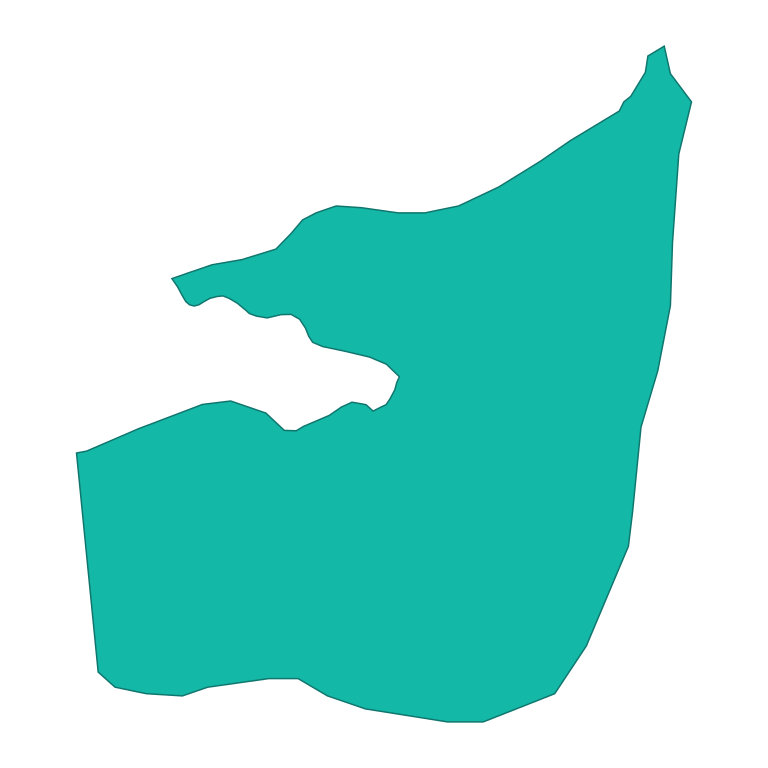 Morne Citon, Dauphin, Saint Lucia
{"feature_id": "8701671B41674368745419", "entity_name": "Morne Citon", "entity_type": "district", "adm_level": 2, "iso_a3": "LCA", "parent_name": "Saint Lucia", "parent_adm1": "Dauphin", "projection": "mercator", "projection_center": [-60.929, 14.031], "detail": "fine", "context": "isolated", "style": "filled", "palette": "teal", "viewbox_px": 768, "rotation_deg": 0, "n_neighbors": 0, "source": "geoboundaries", "source_scale": "gbopen_adm2", "svg_char_len": 1715}
<svg xmlns="http://www.w3.org/2000/svg" viewBox="0 0 768 768"><path d="M616.8,573.7L628.4,546.3L632.6,511.6L641.0,427.1L657.8,370.7L670.4,305.7L672.5,242.8L678.8,153.9L691.5,101.9L670.4,73.7L664.2,46.1L661.2,48.0L647.9,56.0L646.1,67.8L645.3,72.5L643.2,75.9L630.8,96.3L623.9,101.8L619.3,111.0L596.5,124.8L570.7,140.4L549.4,155.0L540.6,161.1L498.7,187.0L458.5,206.0L434.0,211.0L425.0,212.9L398.2,212.9L361.4,207.7L336.2,206.0L324.4,210.0L316.1,212.9L302.7,219.8L299.0,224.2L291.0,233.6L275.9,249.1L246.8,258.1L242.4,259.5L240.3,259.9L212.3,264.7L191.5,271.8L187.1,273.3L183.8,274.5L171.9,278.6L175.3,283.5L177.7,287.0L180.4,292.1L182.0,295.1L184.5,299.4L185.9,301.7L187.0,302.6L189.6,304.8L194.2,306.0L199.1,304.7L200.5,303.8L204.0,301.6L207.5,299.7L210.0,298.3L214.8,297.1L217.0,296.5L223.0,295.9L226.2,297.2L228.8,298.2L231.4,299.7L237.5,303.3L244.0,308.8L245.2,309.7L249.3,313.5L252.8,314.8L256.4,316.1L267.2,317.9L281.2,314.6L291.3,314.4L293.2,315.6L299.6,319.2L304.1,326.0L305.5,328.2L308.7,336.2L312.0,341.3L312.8,342.4L322.8,346.6L343.4,350.9L369.3,357.0L386.4,364.2L392.7,370.3L399.4,376.7L398.0,379.8L396.8,382.5L394.8,389.8L390.2,398.5L389.5,399.6L386.1,404.7L380.3,407.4L373.1,411.1L366.0,404.7L359.0,403.4L352.0,402.2L344.6,405.6L341.3,407.1L338.0,409.4L329.3,415.4L321.8,418.6L303.7,426.3L301.7,427.5L296.2,430.8L284.3,430.4L282.7,428.9L265.9,413.1L230.7,401.0L206.0,404.0L202.2,404.5L196.3,406.8L138.6,428.7L88.7,450.2L86.6,451.1L79.7,452.4L76.5,453.0L98.2,672.1L110.7,683.3L115.1,687.2L139.0,692.2L146.6,693.7L182.4,695.9L207.6,687.2L268.6,678.6L298.1,678.6L327.5,695.9L365.4,708.9L447.4,721.9L483.2,721.9L554.7,693.7L586.3,646.0L616.8,573.7Z" fill="#14b8a6" stroke="#0f766e" stroke-width="1.5"/></svg>